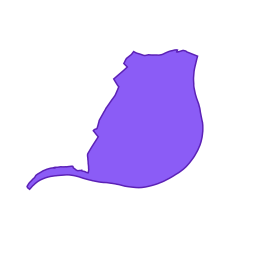 Westervoort, Gelderland, Netherlands (Mercator projection), rotated 201°
{"feature_id": "6326949B9198746369374", "entity_name": "Westervoort", "entity_type": "district", "adm_level": 2, "iso_a3": "NLD", "parent_name": "Netherlands", "parent_adm1": "Gelderland", "projection": "mercator", "projection_center": [5.981, 51.96], "detail": "fine", "context": "isolated", "style": "filled", "palette": "violet", "viewbox_px": 256, "rotation_deg": 201, "n_neighbors": 0, "source": "geoboundaries", "source_scale": "gbopen_adm2", "svg_char_len": 5375}
<svg xmlns="http://www.w3.org/2000/svg" viewBox="0 0 256 256"><g transform="rotate(201 128 128)"><path d="M70.9,176.1L71.3,176.5L74.6,180.3L77.3,183.8L79.1,186.6L79.4,187.1L80.7,189.1L81.7,190.9L82.6,193.2L83.0,194.0L83.9,196.0L84.7,198.0L85.9,202.0L86.7,204.8L87.2,207.4L87.5,209.4L88.5,217.1L88.8,220.0L97.4,220.1L99.1,220.1L99.6,220.1L100.3,220.1L100.5,220.2L100.8,220.3L101.4,220.5L101.6,220.5L101.8,220.5L102.0,220.5L102.4,220.5L102.8,220.4L103.0,220.4L103.3,220.3L103.8,220.3L104.4,220.2L104.5,220.1L104.8,219.9L106.2,218.8L107.2,218.0L108.3,217.2L108.6,216.9L108.8,216.8L109.0,216.7L109.3,216.6L109.7,216.5L109.8,216.5L109.8,216.8L109.8,218.0L109.8,218.5L110.5,218.4L111.0,218.2L111.4,218.0L111.7,217.8L112.1,217.7L112.4,217.5L113.0,217.1L114.5,216.0L115.2,215.6L115.9,215.1L116.7,214.5L117.0,214.3L117.4,213.9L117.5,213.8L118.4,213.0L118.8,212.6L119.2,212.2L119.5,211.9L120.2,211.2L120.6,210.8L120.9,210.4L121.5,209.8L121.8,209.5L122.2,209.1L122.7,208.7L123.2,208.3L123.8,208.0L124.4,207.6L124.9,207.3L125.3,207.1L125.7,206.9L126.2,206.8L126.8,206.6L127.6,206.3L128.8,205.9L130.0,205.4L132.1,204.6L133.7,204.1L134.8,203.8L135.2,203.7L135.4,203.5L137.4,202.2L138.2,201.7L139.1,201.5L139.5,201.4L140.5,201.4L143.4,201.3L145.7,201.1L146.9,201.0L147.8,201.1L149.0,201.2L150.1,201.4L151.1,198.0L151.2,197.8L151.3,197.6L153.9,193.2L154.2,192.7L154.4,192.2L154.5,191.6L154.6,191.2L155.0,186.7L150.5,184.7L151.7,182.2L152.7,180.2L155.4,175.2L158.9,168.7L158.1,168.0L156.3,166.6L153.4,164.4L152.0,163.5L151.4,163.2L151.4,162.9L151.4,161.2L151.5,161.0L151.4,160.6L151.5,159.1L151.6,156.2L151.7,154.3L151.8,153.8L151.8,153.5L151.9,153.1L152.2,152.0L152.9,149.3L153.0,149.2L154.7,142.2L155.4,139.4L155.5,139.1L155.6,138.7L155.8,136.8L156.0,135.3L156.2,134.6L156.7,130.9L156.9,129.6L157.1,128.3L157.6,124.9L157.4,123.6L157.3,122.6L157.2,121.5L157.1,121.0L157.1,120.6L157.0,119.8L156.9,118.7L156.8,117.2L156.8,116.9L156.8,116.7L156.9,116.4L156.9,116.2L157.0,116.1L157.1,115.9L157.4,115.7L157.7,115.5L157.9,115.3L158.1,115.2L158.3,115.0L158.4,114.9L158.5,114.8L158.7,114.6L158.8,114.5L159.1,114.0L159.1,113.9L159.3,113.4L159.4,113.0L157.7,112.1L155.8,110.9L152.6,109.1L153.8,103.4L154.0,102.4L154.2,101.5L155.0,97.5L155.4,95.3L155.8,92.8L156.1,91.1L156.2,90.6L156.2,90.1L156.3,89.8L156.3,89.5L156.3,89.1L156.1,88.3L155.6,87.1L155.4,86.8L154.9,85.8L154.4,84.9L154.1,84.1L153.6,83.2L152.8,81.5L152.5,80.7L152.1,80.0L152.0,79.8L151.7,79.2L151.3,78.5L150.9,77.6L150.5,76.6L150.1,75.7L149.7,75.0L149.5,74.0L149.4,73.5L149.3,72.9L149.2,72.5L149.1,72.0L149.1,71.9L149.3,71.8L149.5,71.8L149.8,71.8L150.0,71.8L150.4,71.7L150.6,71.7L150.9,71.6L151.0,71.6L152.1,71.8L152.4,71.8L152.8,71.8L153.1,71.8L153.6,71.8L153.9,71.7L154.2,71.6L154.5,71.5L154.9,71.5L155.2,71.5L155.4,71.5L155.6,71.5L155.8,71.5L156.1,71.5L156.2,71.9L156.5,71.7L157.1,71.3L157.4,71.2L157.7,71.1L158.0,71.0L158.3,70.8L158.5,70.7L159.0,70.4L159.5,70.2L160.0,70.1L160.3,70.1L160.7,70.1L161.1,70.2L161.4,70.2L161.9,70.4L162.5,70.6L162.8,70.7L163.2,70.8L163.5,70.9L163.8,71.0L164.5,71.1L164.8,71.3L165.0,71.5L165.4,72.0L165.5,72.2L165.6,72.3L165.8,72.4L166.0,72.4L166.4,72.3L167.0,72.1L167.3,72.0L167.4,71.9L167.8,71.7L168.3,71.4L168.5,71.3L169.1,71.0L169.7,70.7L170.4,70.3L171.0,70.0L171.7,69.6L172.5,69.4L173.3,69.0L173.9,68.7L174.6,68.5L175.3,68.2L175.9,68.0L176.6,67.8L176.8,67.7L177.1,67.6L177.3,67.5L177.7,67.3L178.0,67.0L178.6,66.7L179.0,66.5L179.4,66.2L179.9,66.0L180.6,65.7L181.1,65.5L181.7,65.3L182.0,65.1L182.3,65.0L182.4,64.6L182.2,64.4L182.7,64.2L182.8,64.5L183.3,64.3L183.4,64.1L183.6,63.9L183.8,63.8L184.1,63.7L184.5,63.5L184.9,63.2L185.4,63.0L185.9,62.7L186.4,62.3L186.6,62.2L187.0,61.9L187.3,61.7L187.6,61.4L188.2,61.0L188.7,60.6L189.0,60.4L189.3,60.1L189.8,59.6L190.2,59.2L191.0,58.5L191.8,57.7L192.2,57.3L193.0,56.2L193.8,55.2L194.9,53.8L195.6,53.0L196.1,52.2L196.8,51.2L196.9,50.8L197.1,50.4L197.2,49.6L197.5,48.1L198.2,46.8L198.5,46.2L199.7,43.2L200.1,42.4L200.7,40.7L201.0,39.0L201.3,37.3L200.4,36.3L197.9,35.5L197.6,36.3L197.1,37.6L196.5,39.3L196.0,40.4L195.6,41.1L194.7,43.0L194.1,44.0L193.4,45.2L192.9,46.0L192.0,47.1L191.2,48.1L189.9,49.4L189.0,50.3L187.9,51.3L187.0,52.1L186.1,52.8L185.3,53.4L183.3,54.8L182.1,55.5L180.5,56.4L179.1,57.2L178.0,57.7L176.7,58.4L168.7,62.2L168.0,62.5L165.9,63.2L163.7,63.7L161.4,64.2L159.4,64.5L155.9,64.9L155.5,64.9L154.4,64.9L153.5,65.0L152.5,65.0L151.2,65.1L150.2,65.2L149.0,65.3L146.3,65.6L145.3,65.7L144.2,65.9L142.2,66.1L141.3,66.3L139.4,66.6L138.3,66.8L137.2,67.0L136.0,67.2L133.8,67.7L132.7,68.0L131.5,68.3L130.1,68.8L128.6,69.3L127.9,69.5L126.1,69.9L124.3,70.3L122.7,70.7L121.6,70.9L119.9,71.3L118.9,71.4L117.3,71.7L115.8,72.0L114.7,72.1L112.8,72.3L110.0,72.6L106.8,73.3L102.9,74.3L101.0,74.8L99.2,75.3L98.0,75.7L96.5,76.2L93.8,77.4L90.4,79.3L89.5,79.9L88.1,80.8L86.1,82.2L85.1,82.9L83.5,84.1L82.1,85.2L81.1,86.0L79.8,87.1L78.9,88.0L77.8,89.0L76.6,90.1L75.4,91.3L74.1,92.8L71.6,95.6L70.6,96.8L69.7,97.9L68.6,99.3L67.8,100.4L66.7,101.9L64.8,104.3L63.4,106.4L61.5,109.5L60.1,112.3L59.4,114.0L58.1,117.5L57.1,120.9L56.3,123.8L55.8,126.2L55.4,128.9L55.1,130.9L54.9,132.8L54.8,135.3L54.7,137.8L54.8,139.8L54.9,141.3L55.2,143.5L55.5,145.6L56.1,148.2L57.1,152.0L58.1,154.7L59.2,157.4L60.4,159.8L61.7,161.7L64.1,165.5L66.1,168.7L67.1,170.5L68.1,172.2L69.7,174.4L69.9,174.7L70.1,175.0L70.7,175.8L70.9,176.1Z" fill="#8b5cf6" stroke="#5b21b6" stroke-width="1.5"/></g></svg>